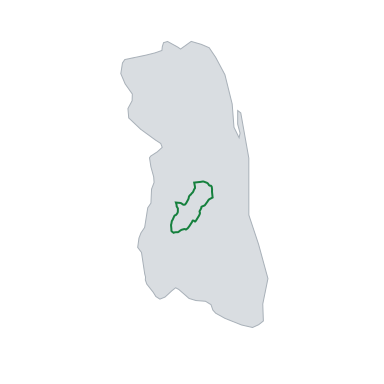 Cuscatlán on a map of El Salvador (orthographic projection), rotated 244°
{"feature_id": "SLV-1345", "entity_name": "Cuscatlán", "entity_type": "Department", "adm_level": 1, "iso_a3": "SLV", "parent_name": "El Salvador", "parent_adm1": "", "projection": "orthographic", "projection_center": [-89.024, 13.859], "detail": "fine", "context": "in_parent", "style": "outline", "palette": "green", "viewbox_px": 384, "rotation_deg": 244, "n_neighbors": 0, "source": "natural_earth", "source_scale": "10m", "svg_char_len": 2651}
<svg xmlns="http://www.w3.org/2000/svg" viewBox="0 0 384 384"><g transform="rotate(244 192 192)"><path d="M136.0,113.0L139.1,113.6L159.8,120.1L166.0,118.9L173.8,124.1L177.6,128.2L180.9,133.9L197.2,145.3L200.0,150.2L212.3,156.9L217.2,162.1L222.4,164.2L232.6,166.1L241.4,168.8L242.4,170.7L243.3,178.4L245.2,184.8L249.3,185.2L254.4,182.1L270.8,173.4L286.3,167.6L295.1,171.0L300.3,178.2L306.2,181.3L318.5,179.3L329.6,179.9L338.5,186.1L340.5,189.7L335.2,210.6L333.3,219.5L332.4,227.0L335.6,229.0L338.7,231.9L338.0,236.0L328.5,242.7L325.5,244.4L327.7,257.3L320.6,265.1L314.1,270.7L302.6,272.3L283.0,273.0L253.5,266.7L231.8,258.1L220.1,258.1L223.8,261.0L233.0,262.8L245.2,268.8L241.7,270.5L197.5,257.9L146.4,233.0L115.8,228.9L80.9,222.3L60.3,206.5L44.8,199.6L43.5,193.7L43.7,187.0L50.8,178.2L63.9,166.3L72.6,160.2L76.7,159.0L82.4,159.7L87.9,156.2L92.7,148.0L97.6,142.7L110.2,137.4L113.1,135.3L112.1,130.7L109.4,121.7L109.8,116.2L113.9,113.7L118.8,113.2L129.0,111.0L133.4,111.5L136.0,113.0Z" fill="#d9dde1" stroke="#a8b0b8" stroke-width="1"/><path d="M189.6,172.9L187.8,175.8L187.7,176.1L187.3,176.6L186.9,177.1L186.4,177.5L184.7,178.4L184.5,178.6L184.3,178.8L184.1,179.1L184.0,179.4L183.9,179.8L183.8,180.2L184.1,181.0L184.7,182.1L187.1,185.5L187.9,186.3L188.9,187.0L189.5,187.7L190.0,188.7L190.1,189.3L190.2,189.8L190.8,190.9L191.0,191.4L191.2,192.2L191.5,192.8L192.0,193.5L193.2,194.8L194.0,196.0L194.1,196.3L195.2,196.9L199.5,198.1L197.3,204.2L196.8,206.0L196.5,206.6L196.3,207.0L193.8,209.4L193.0,209.9L192.3,210.1L190.7,210.3L190.4,210.4L190.1,210.6L189.9,210.8L189.6,211.4L189.4,211.7L189.2,211.8L188.9,211.9L188.4,212.0L188.0,212.0L185.6,211.2L183.5,210.1L178.0,208.1L177.9,204.2L177.6,203.6L177.4,202.9L176.8,202.1L174.6,198.0L174.4,197.4L174.6,194.6L174.5,194.1L174.3,193.7L174.0,193.6L173.5,193.3L173.0,192.7L171.4,190.4L171.2,190.3L170.9,190.1L170.5,190.1L169.7,190.0L168.8,189.3L167.7,188.0L164.4,182.8L164.1,181.8L164.3,181.6L165.2,181.2L165.5,181.0L165.7,180.7L166.0,180.2L165.9,179.9L165.1,179.0L162.5,174.7L161.3,172.3L161.1,171.3L160.9,170.2L161.0,170.0L161.2,169.9L161.4,169.7L161.7,169.5L162.0,168.9L162.1,168.6L162.2,168.3L162.3,167.5L162.5,166.8L162.5,166.3L162.5,166.2L162.6,165.9L162.5,164.7L162.1,162.6L162.0,162.0L162.1,161.6L162.7,160.4L163.3,158.9L163.4,157.6L165.6,156.5L165.9,156.5L166.4,156.6L167.9,157.3L171.1,158.5L171.7,158.8L172.6,159.6L174.7,161.1L174.9,161.4L175.5,162.4L178.2,165.6L178.4,166.0L178.5,166.2L178.4,166.8L178.4,167.1L178.4,167.4L178.5,167.7L178.7,168.3L179.1,169.0L179.7,170.0L180.3,170.5L180.8,170.8L183.4,172.1L185.7,171.9L187.6,172.6L189.6,172.9Z" fill="none" stroke="#15803d" stroke-width="2"/></g></svg>